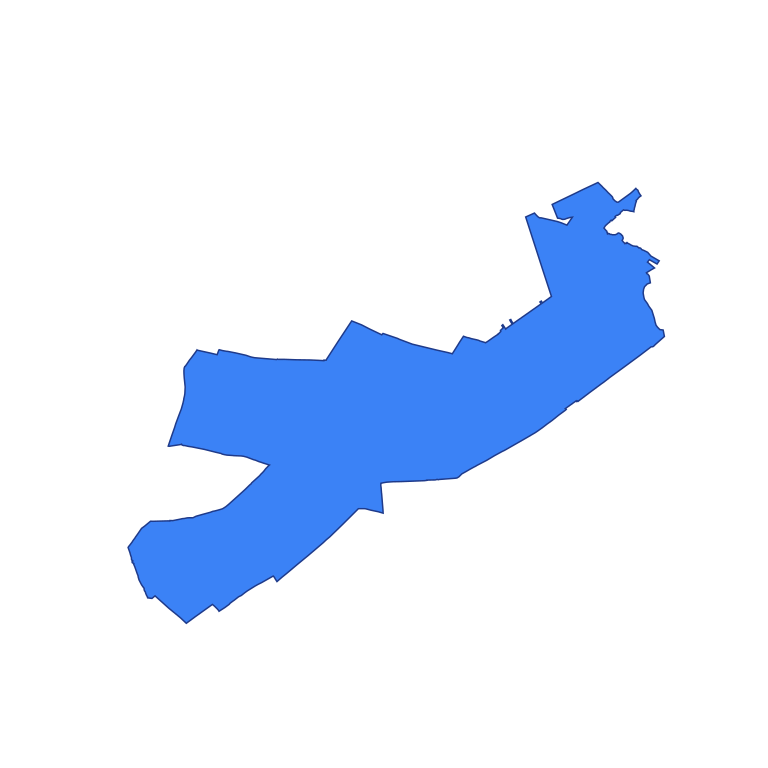 Secuieni, Neamt, Romania (Natural Earth projection), rotated 319°
{"feature_id": "2599482B23020006857022", "entity_name": "Secuieni", "entity_type": "district", "adm_level": 2, "iso_a3": "ROU", "parent_name": "Romania", "parent_adm1": "Neamt", "projection": "natural_earth1", "projection_center": [26.814, 46.87], "detail": "fine", "context": "isolated", "style": "filled", "palette": "blue", "viewbox_px": 768, "rotation_deg": 319, "n_neighbors": 0, "source": "geoboundaries", "source_scale": "gbopen_adm2", "svg_char_len": 6092}
<svg xmlns="http://www.w3.org/2000/svg" viewBox="0 0 768 768"><g transform="rotate(319 384 384)"><path d="M626.8,532.1L630.1,526.4L627.9,523.9L627.7,520.5L627.9,518.1L629.3,515.0L631.0,512.0L634.5,504.1L634.9,499.1L635.6,496.0L636.0,491.2L637.0,489.1L639.3,485.3L642.1,482.8L644.5,481.5L648.3,481.2L651.4,482.4L653.7,478.7L653.9,478.2L654.5,477.5L655.1,476.2L655.2,474.2L654.8,473.2L655.0,472.2L660.0,473.0L664.3,473.9L663.1,466.4L662.8,464.9L665.8,464.3L668.8,472.6L672.5,471.6L669.4,462.6L669.4,460.5L669.4,459.3L669.4,458.7L669.4,457.6L667.7,453.5L667.1,452.5L666.9,452.1L666.7,451.5L666.8,450.0L666.6,449.5L666.2,448.9L665.7,448.7L665.3,446.1L664.4,445.3L662.6,443.3L661.7,441.4L661.1,439.5L660.3,437.6L660.2,436.6L659.9,436.6L659.5,437.1L658.9,436.8L658.7,436.2L657.9,436.1L658.0,435.5L657.9,434.7L657.8,434.0L657.9,431.9L659.7,431.2L660.3,430.7L661.2,428.7L661.0,427.7L661.2,427.3L661.0,425.9L660.5,424.5L660.1,423.9L659.3,423.6L657.9,423.6L656.4,423.0L654.5,421.4L654.2,421.1L653.7,420.2L652.8,419.4L652.7,418.4L652.3,417.9L651.8,417.6L651.3,417.6L651.1,417.4L651.5,416.8L651.9,416.5L651.8,416.0L651.8,415.7L652.4,415.0L652.4,414.8L652.3,414.2L652.3,410.8L652.3,410.6L655.0,409.8L659.1,409.7L660.6,409.9L660.8,409.6L661.2,409.5L662.9,409.4L663.0,410.3L666.5,410.2L668.1,410.2L668.3,409.2L670.2,409.3L671.1,410.0L672.1,410.0L673.5,410.4L674.4,410.2L674.6,409.9L675.1,409.7L679.0,409.7L679.4,410.6L680.0,411.2L680.7,411.6L681.9,412.9L682.7,414.0L683.1,414.8L683.9,415.8L684.7,416.6L685.6,417.9L686.3,417.1L687.8,416.1L688.4,415.5L689.9,414.6L692.3,412.8L694.1,411.8L694.4,411.6L694.4,411.1L694.6,410.9L696.7,410.8L697.9,410.5L699.3,410.4L701.4,410.6L701.6,408.5L702.1,405.9L702.7,404.5L702.7,404.0L702.3,402.5L702.4,401.6L698.2,401.8L694.8,401.8L680.1,400.5L679.1,399.6L678.5,397.4L678.4,396.7L678.4,395.1L678.3,394.4L678.8,393.6L679.0,393.1L679.1,392.5L679.1,391.3L678.8,387.5L678.7,387.3L678.6,383.3L678.2,379.3L678.2,377.8L677.7,372.3L661.2,367.6L653.6,365.6L628.7,358.8L623.8,372.7L624.6,373.6L625.7,374.9L626.2,376.1L626.8,377.0L627.7,377.7L628.6,378.3L630.2,378.8L633.5,380.3L635.6,381.7L626.3,384.1L623.5,378.6L621.4,375.1L617.8,370.1L611.7,361.8L610.4,360.6L610.0,359.4L609.8,357.7L609.7,355.2L609.7,353.7L600.5,350.9L579.5,400.1L567.8,427.8L556.8,426.8L557.1,424.6L555.5,424.4L555.2,426.6L521.1,423.1L521.6,420.1L522.0,418.5L520.9,418.2L520.5,419.8L520.0,423.0L514.9,422.5L513.0,422.3L511.9,422.4L512.6,417.2L511.3,417.2L510.8,419.8L509.5,419.8L508.2,420.0L507.1,419.9L506.5,420.8L506.5,421.0L504.3,421.2L502.7,421.1L502.7,421.3L497.4,420.6L490.4,419.9L487.7,419.5L487.6,419.2L484.7,414.6L484.1,413.2L482.9,411.4L479.7,407.1L478.4,404.9L477.1,403.3L475.3,400.1L468.2,402.1L465.1,403.1L455.4,406.0L453.0,402.4L446.2,393.2L431.5,372.5L424.9,360.3L424.2,358.6L416.4,345.2L414.6,345.4L409.2,333.0L405.9,324.7L401.0,315.2L377.2,321.8L357.1,327.6L356.0,328.1L354.5,326.7L354.3,327.1L354.0,327.0L350.2,323.3L344.0,317.4L333.6,308.1L324.6,299.7L320.4,296.1L319.9,295.5L319.9,295.3L319.0,295.1L303.7,279.4L301.9,277.1L301.0,275.8L298.7,271.8L292.4,263.2L287.4,256.8L286.6,256.0L284.1,252.9L282.1,250.0L281.7,250.0L277.3,252.4L273.3,246.8L265.2,235.9L265.2,235.6L263.2,236.2L256.0,237.8L252.7,238.4L249.1,239.4L245.9,240.2L245.1,240.1L243.6,240.9L241.7,242.7L239.7,245.1L237.2,248.4L232.0,255.8L227.5,260.5L225.6,262.1L223.5,263.6L222.5,264.5L219.8,266.5L214.6,269.9L208.4,273.2L200.7,277.4L197.7,279.3L190.5,283.4L180.4,289.3L180.9,290.0L191.0,296.4L191.6,296.6L191.4,296.9L191.5,297.3L192.2,298.8L193.0,299.5L193.9,300.6L195.4,302.7L197.8,305.5L205.6,315.6L212.5,325.5L215.5,329.6L215.8,330.6L217.2,332.6L218.8,334.6L222.9,338.7L223.6,339.5L228.9,344.5L230.5,346.3L232.5,349.2L235.8,355.4L237.0,357.2L238.7,360.6L239.8,362.3L240.9,364.3L241.9,365.9L244.4,370.0L242.6,370.0L241.1,370.2L239.3,370.3L236.4,370.9L234.0,371.2L232.7,371.2L229.8,371.6L219.3,371.8L217.8,372.2L217.7,372.1L216.2,372.1L209.8,372.5L187.7,372.9L184.0,372.8L180.7,372.3L179.5,371.9L176.0,370.3L172.8,368.7L171.3,367.8L168.6,366.8L161.8,363.5L155.4,360.5L152.0,359.6L149.3,357.2L147.6,355.9L145.1,354.5L143.6,353.4L141.2,352.1L134.9,348.5L132.9,346.6L132.5,346.9L131.4,345.8L129.0,343.8L119.5,336.0L117.8,334.4L109.9,334.2L106.3,333.9L99.4,335.7L96.0,336.5L94.8,336.9L91.9,337.5L90.0,338.1L85.9,338.9L84.4,339.2L83.6,339.5L81.6,344.6L80.6,346.6L79.4,349.5L78.8,350.1L78.3,350.8L78.1,351.6L78.5,352.3L78.4,352.7L78.2,352.9L77.6,352.7L77.2,352.9L77.0,353.3L76.8,353.7L77.0,354.4L77.4,354.9L77.4,355.4L76.9,355.7L75.9,358.7L73.3,365.2L72.5,367.6L72.0,368.1L70.6,371.1L69.2,376.8L69.3,377.3L69.0,378.4L69.1,379.0L68.9,379.7L69.0,380.0L68.9,380.9L68.6,381.1L68.1,381.8L67.7,382.6L67.5,383.2L67.6,383.8L67.4,384.4L66.6,386.2L66.4,387.1L66.0,388.0L65.9,389.5L65.4,390.0L65.3,390.3L68.2,393.6L72.2,393.7L74.5,412.2L76.9,426.3L77.8,434.9L88.9,435.8L109.9,437.8L110.3,440.3L110.6,444.3L110.6,446.4L110.4,447.3L117.2,448.3L122.2,448.7L123.1,448.7L123.4,448.5L124.2,448.5L127.2,448.7L128.9,448.9L134.7,449.2L137.6,450.0L142.1,450.2L145.3,450.5L154.1,451.9L157.5,452.6L161.3,453.6L173.7,456.1L174.4,456.3L174.5,456.6L174.3,458.6L174.0,459.9L173.6,462.9L180.4,462.9L185.9,463.1L199.2,463.3L214.4,463.7L234.0,463.9L238.3,463.7L242.7,463.8L246.4,463.6L261.0,462.8L282.9,461.3L287.6,465.4L288.4,466.3L291.3,470.6L295.9,476.7L298.6,480.9L300.5,478.5L310.2,465.3L310.7,464.5L313.9,460.2L315.0,458.5L316.5,456.9L318.6,458.0L321.7,459.9L326.7,463.7L332.8,468.8L351.1,483.5L352.9,484.7L353.4,485.0L353.5,484.8L354.1,485.3L359.1,489.5L360.2,490.3L361.5,490.8L361.6,491.0L362.1,491.8L363.1,492.3L375.7,501.7L377.4,502.8L379.7,503.2L383.8,502.9L388.5,503.9L392.8,504.7L397.4,505.7L399.3,506.2L400.7,506.4L411.5,509.0L420.5,510.6L429.1,512.5L430.8,513.0L432.6,513.4L456.3,518.1L466.5,520.0L469.9,520.4L475.3,520.9L480.5,521.2L487.1,521.8L495.3,522.1L504.0,522.8L504.9,522.7L504.7,521.5L518.0,522.8L517.8,523.5L519.1,523.8L519.0,524.4L534.1,525.4L548.3,526.5L551.0,526.8L558.9,527.2L564.7,527.7L573.8,528.5L595.9,530.3L610.0,531.2L611.3,532.2L612.2,532.4L614.9,532.2L626.8,532.1Z" fill="#3b82f6" stroke="#1e3a8a" stroke-width="1.5"/></g></svg>